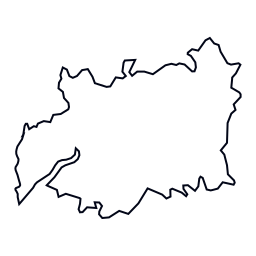 map outline of Gloucestershire (Albers equal-area conic projection)
{"feature_id": "GBR-2039", "entity_name": "Gloucestershire", "entity_type": "Administrative County", "adm_level": 1, "iso_a3": "GBR", "parent_name": "United Kingdom", "parent_adm1": "", "projection": "albers", "projection_center": [-2.218, 51.841], "detail": "fine", "context": "isolated", "style": "outline", "palette": "ink", "viewbox_px": 256, "rotation_deg": 0, "n_neighbors": 0, "source": "natural_earth", "source_scale": "10m", "svg_char_len": 2143}
<svg xmlns="http://www.w3.org/2000/svg" viewBox="0 0 256 256"><path d="M19.2,204.1L17.7,197.1L17.7,193.9L16.6,191.6L15.5,189.9L15.4,188.8L15.9,188.1L19.2,186.7L20.1,185.4L20.1,184.3L19.7,182.7L19.1,180.8L17.5,174.9L15.7,170.3L15.4,168.5L15.6,167.1L16.9,165.0L17.7,163.6L18.4,161.0L18.5,159.1L17.1,156.2L16.3,153.9L16.2,151.4L16.6,149.3L17.4,146.5L22.0,139.3L23.5,134.5L23.2,134.7L23.3,134.5L24.6,126.0L25.8,123.8L27.2,123.8L29.2,129.2L33.8,126.2L36.5,126.9L37.9,123.6L43.8,121.1L50.3,122.1L53.3,114.9L60.7,114.0L68.3,109.3L69.0,107.0L68.4,102.9L64.0,98.0L62.9,91.9L58.5,88.4L59.0,82.7L61.4,78.7L60.4,75.1L62.8,67.5L66.9,69.6L69.4,76.1L72.8,77.8L77.0,76.0L82.1,70.1L85.7,69.5L87.8,69.1L92.5,76.8L94.9,83.2L106.6,86.9L110.3,86.4L115.8,77.4L122.7,78.4L125.8,76.0L122.4,71.7L123.6,62.7L124.8,60.5L135.2,59.9L129.3,72.1L132.1,75.8L137.2,71.6L144.3,71.6L152.9,74.2L165.4,65.3L171.4,63.8L176.3,65.0L179.3,63.4L184.6,64.5L192.1,71.4L194.5,71.3L195.9,67.4L195.3,62.3L190.9,55.9L187.7,54.2L187.8,52.7L192.1,49.2L198.2,50.6L205.5,40.3L209.8,38.0L214.2,43.5L218.6,45.0L220.6,51.7L227.4,63.2L231.0,64.6L238.6,63.3L240.4,64.7L235.9,73.4L232.2,77.5L232.1,79.2L231.3,87.7L239.3,92.4L240.6,94.3L240.6,97.0L233.7,104.4L235.5,109.9L231.3,113.6L227.6,123.0L227.0,142.8L220.8,150.4L224.3,154.6L227.0,165.2L227.9,174.3L234.0,180.4L234.7,182.7L233.6,184.7L226.4,183.1L222.7,182.3L217.8,188.6L212.5,190.0L210.7,190.4L206.7,189.5L202.7,177.9L200.5,176.7L199.3,178.6L198.3,186.4L195.0,190.8L187.9,185.2L183.3,185.5L183.5,188.9L187.3,194.3L186.1,196.2L181.7,192.6L172.3,188.7L170.3,189.7L170.5,196.6L166.4,198.5L162.2,194.6L147.6,188.4L138.4,203.4L128.3,213.9L119.2,210.9L109.0,217.4L102.3,218.0L99.1,214.3L99.3,211.5L102.0,206.0L99.3,202.5L94.7,202.3L96.3,208.0L87.1,207.3L82.6,212.1L80.0,212.3L78.6,209.2L80.0,203.9L80.5,198.8L79.7,198.1L65.8,193.8L58.6,196.9L56.9,189.9L47.4,185.7L46.7,185.3L54.4,177.3L61.6,167.4L65.3,165.3L74.3,162.2L77.8,159.1L79.4,155.2L78.9,151.3L75.8,148.3L74.9,154.6L71.1,158.1L66.2,159.7L62.0,160.1L58.1,161.6L55.2,165.3L52.6,169.8L49.6,174.0L37.0,182.3L35.0,184.4L33.1,187.8L19.2,204.1Z" fill="none" stroke="#020617" stroke-width="2"/></svg>